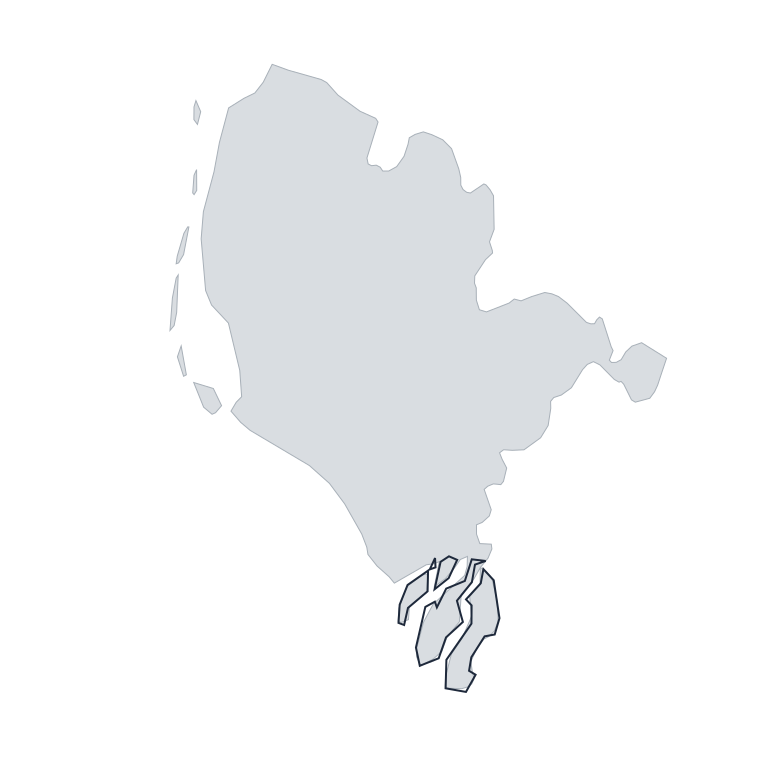 location of Zeeland within Netherlands, rotated 287°
{"feature_id": "NLD-903", "entity_name": "Zeeland", "entity_type": "Province", "adm_level": 1, "iso_a3": "NLD", "parent_name": "Netherlands", "parent_adm1": "", "projection": "natural_earth1", "projection_center": [3.94, 51.477], "detail": "coarse", "context": "in_parent", "style": "outline", "palette": "slate", "viewbox_px": 768, "rotation_deg": 287, "n_neighbors": 0, "source": "natural_earth", "source_scale": "10m", "svg_char_len": 3660}
<svg xmlns="http://www.w3.org/2000/svg" viewBox="0 0 768 768"><g transform="rotate(287 384 384)"><path d="M491.2,646.7L476.6,646.3L462.9,646.0L455.7,645.0L448.0,642.3L448.0,642.2L444.4,636.5L440.1,629.6L441.2,625.3L453.9,613.3L455.8,610.0L454.5,608.2L455.7,602.9L465.4,584.9L466.6,577.7L462.2,572.7L455.8,569.7L435.2,564.3L425.3,556.8L420.7,550.3L416.1,548.4L409.4,550.6L392.3,553.1L378.4,549.5L362.0,537.1L358.1,526.1L356.1,517.6L352.0,514.6L346.5,519.0L339.5,525.9L325.8,526.7L321.9,525.1L321.2,521.3L320.4,517.7L316.6,513.1L312.5,510.6L295.1,523.3L288.6,523.3L280.4,518.4L276.4,513.6L267.4,516.4L259.4,522.3L262.2,533.4L257.8,535.4L247.9,534.4L236.7,529.8L224.1,527.0L205.2,519.4L178.7,525.6L160.3,518.2L145.0,517.4L135.5,511.5L125.3,501.5L132.6,494.9L139.6,492.6L167.6,491.4L187.9,495.4L224.5,517.1L233.7,516.9L243.5,514.2L238.5,508.3L229.4,505.4L215.8,499.6L204.9,491.4L230.4,488.8L226.8,484.5L223.5,477.3L196.6,452.1L201.2,445.2L207.9,430.6L216.3,418.5L223.0,415.2L234.0,406.6L257.9,381.4L273.0,360.9L284.2,336.5L300.5,269.6L305.4,258.2L313.3,245.6L323.3,248.0L330.2,251.6L354.8,242.1L396.8,217.4L409.1,196.0L421.2,186.1L469.4,166.7L496.0,160.9L537.2,159.4L566.9,156.0L602.6,154.7L616.4,166.7L624.5,175.4L637.3,180.3L657.0,183.6L656.1,200.9L656.8,235.0L655.5,241.1L646.8,255.5L637.8,281.4L635.6,298.4L632.8,301.7L595.1,301.6L589.8,304.5L589.1,308.2L591.0,312.6L590.2,317.0L587.3,320.5L589.0,326.2L595.6,332.6L607.6,336.6L620.3,336.9L626.9,336.2L631.8,340.8L636.6,347.9L636.4,356.8L634.7,368.8L628.8,379.8L611.6,392.6L603.9,397.0L596.6,399.3L593.1,402.7L591.5,407.0L591.9,410.8L604.5,421.0L604.2,423.4L600.7,428.7L596.0,433.7L564.1,444.1L550.8,443.3L543.4,448.5L541.0,449.5L532.6,444.7L513.9,439.2L506.8,441.1L502.9,444.1L491.2,447.8L482.9,453.5L482.9,460.9L498.0,480.0L503.3,483.7L503.6,490.8L510.9,499.8L518.5,511.0L519.3,518.2L518.6,525.4L514.8,535.6L502.1,559.6L502.0,564.2L503.2,567.7L507.6,568.7L511.0,570.5L510.1,573.7L486.0,590.4L482.9,593.3L472.7,592.5L471.1,595.3L472.6,599.8L476.6,603.7L485.3,605.8L492.7,610.0L498.8,618.3L491.2,646.7ZM236.7,529.8L234.6,536.7L229.0,544.4L210.0,555.4L190.2,562.6L180.0,561.7L173.0,557.9L169.2,554.0L158.6,550.1L144.0,548.2L135.0,552.4L128.5,556.3L122.8,555.6L118.6,552.4L115.3,547.3L111.1,531.4L121.9,528.5L145.4,527.4L163.6,533.0L187.5,535.7L205.8,528.1L220.2,534.5L236.7,529.8ZM196.9,465.1L210.9,475.1L213.9,478.3L215.0,481.7L197.2,485.7L178.3,473.4L165.8,476.3L161.2,470.5L161.1,466.9L174.0,463.8L196.9,465.1ZM329.8,222.1L315.8,235.0L307.3,231.3L304.8,228.4L309.1,218.3L329.8,201.6L329.8,222.1ZM391.8,164.8L378.6,166.2L372.6,163.7L404.4,156.5L424.5,154.3L428.1,155.3L391.8,164.8ZM477.1,151.5L449.2,154.5L439.8,152.2L438.2,150.1L445.8,148.9L469.6,148.6L476.9,150.4L477.1,151.5ZM361.1,178.9L335.0,192.3L332.8,190.1L349.6,178.5L361.1,178.9ZM590.8,129.1L577.7,129.7L581.3,124.9L593.4,121.3L600.0,121.3L590.8,129.1ZM534.2,142.1L514.4,148.3L509.6,147.0L510.8,145.2L528.1,141.3L534.2,142.1Z" fill="#d9dde1" stroke="#a8b0b8" stroke-width="1"/><path d="M132.7,556.6L113.5,552.4L111.0,531.9L138.5,524.3L180.4,537.7L197.9,532.5L202.0,525.4L221.7,534.8L236.0,533.2L228.4,546.3L193.8,562.9L176.8,563.1L172.1,554.0L148.2,547.4L134.6,549.2L132.7,556.6ZM244.5,533.0L237.9,523.8L220.2,526.0L198.1,517.1L179.5,529.0L159.8,517.4L137.7,516.5L125.0,500.6L141.3,491.6L182.9,488.7L190.7,496.3L185.8,499.9L206.5,503.3L219.3,518.9L242.0,519.2L244.5,533.0ZM198.7,465.3L218.4,480.7L198.5,486.3L176.9,472.4L159.4,473.7L159.8,467.7L177.6,463.5L198.7,465.3ZM237.2,505.4L217.3,502.6L202.5,492.4L230.5,490.1L238.2,496.5L237.2,505.4ZM232.5,483.7L223.7,486.9L220.1,482.0L232.5,483.7Z" fill="none" stroke="#1e293b" stroke-width="2"/></g></svg>